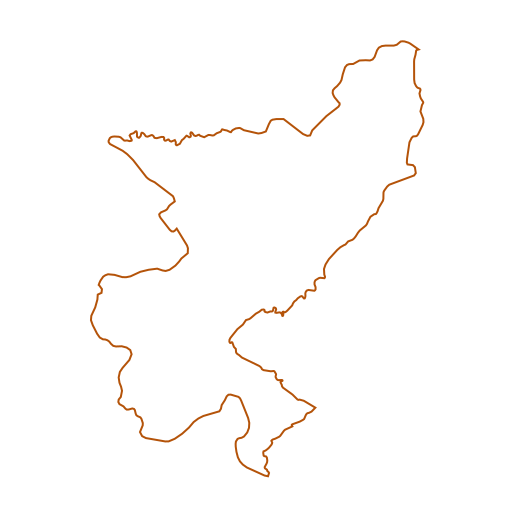 an SVG outline of Arbil, rotated 182°
{"feature_id": "IRQ-3050", "entity_name": "Arbil", "entity_type": "Province", "adm_level": 1, "iso_a3": "IRQ", "parent_name": "Iraq", "parent_adm1": "", "projection": "orthographic", "projection_center": [44.221, 36.37], "detail": "fine", "context": "isolated", "style": "outline", "palette": "amber", "viewbox_px": 512, "rotation_deg": 182, "n_neighbors": 0, "source": "natural_earth", "source_scale": "10m", "svg_char_len": 6042}
<svg xmlns="http://www.w3.org/2000/svg" viewBox="0 0 512 512"><g transform="rotate(182 256 256)"><path d="M236.3,36.3L239.8,36.9L257.7,44.3L261.9,47.1L264.9,50.2L267.1,54.2L268.7,59.6L269.6,64.7L269.8,67.6L269.6,69.9L268.0,72.6L266.2,73.4L264.1,73.8L261.7,75.2L258.6,79.3L257.0,84.0L256.9,89.0L258.2,93.8L265.7,110.8L267.0,113.2L268.6,114.6L276.4,116.6L278.7,116.4L280.4,114.7L282.1,110.8L285.1,105.8L285.7,102.1L287.2,99.5L303.0,94.3L307.9,91.6L312.5,87.9L317.0,82.2L323.6,75.8L330.8,70.5L336.8,67.7L340.2,67.5L359.7,70.2L363.5,72.0L365.8,76.0L363.3,82.8L363.3,85.1L364.8,89.2L365.9,90.7L368.7,91.8L370.0,92.7L370.7,94.2L371.7,97.8L372.6,98.9L374.3,99.3L378.0,98.1L379.8,98.0L381.1,98.8L383.2,101.1L387.3,103.2L388.5,105.3L388.2,107.8L386.2,110.4L385.2,116.6L386.3,120.7L388.0,124.5L389.0,129.8L388.0,135.4L385.4,139.6L378.9,147.7L376.9,153.5L378.4,157.6L382.1,160.0L387.0,161.1L392.8,160.7L395.5,161.2L397.9,163.2L399.6,165.3L401.5,166.6L403.7,167.3L406.1,167.4L409.3,169.1L412.1,172.8L416.7,181.1L418.7,186.1L418.5,190.5L414.9,199.0L413.0,206.9L412.8,211.9L409.1,213.8L408.8,217.5L411.5,221.0L412.2,221.6L411.5,223.8L410.5,226.1L408.0,230.0L405.9,231.5L403.2,232.6L396.7,232.2L388.7,230.2L384.9,230.3L380.7,231.3L371.0,236.2L362.8,238.5L354.3,239.9L348.9,238.3L345.8,237.9L341.9,239.2L336.2,243.6L332.6,247.8L330.5,250.9L324.3,256.4L324.3,261.4L325.3,264.1L336.2,280.6L338.0,278.5L339.3,277.6L341.2,277.7L343.1,279.2L352.6,290.6L353.7,292.4L354.2,294.3L352.5,296.3L348.1,298.4L346.6,299.5L344.6,303.0L343.2,304.4L339.1,307.7L340.0,310.7L341.0,312.8L359.9,326.2L364.3,328.1L366.5,329.5L368.3,331.0L382.2,347.6L388.2,353.2L392.9,356.5L405.8,362.8L407.0,364.3L407.3,364.9L407.3,366.1L406.2,368.7L405.0,369.7L403.7,370.2L401.7,370.5L397.3,370.4L395.5,369.9L391.8,366.8L390.9,366.7L388.9,367.0L386.4,366.4L384.9,366.7L384.3,367.0L384.2,367.6L386.5,372.0L385.5,373.4L382.6,374.5L380.8,376.3L380.2,376.5L379.7,376.2L379.3,374.9L379.1,371.4L378.8,370.8L377.5,370.1L376.9,370.1L375.6,371.6L375.3,372.4L374.9,374.7L374.4,375.2L373.5,375.1L371.9,373.9L370.4,371.9L369.6,371.6L368.4,371.5L364.7,373.2L363.7,373.1L362.6,372.2L361.6,370.6L360.6,370.4L359.2,370.3L354.7,371.7L352.6,371.7L351.9,370.8L351.9,369.0L351.0,368.1L350.2,368.1L348.1,369.3L347.4,369.4L346.1,367.9L344.7,367.4L341.2,369.0L340.1,367.0L340.1,364.8L339.5,364.0L338.9,363.9L336.0,365.5L334.1,369.2L332.5,370.5L329.7,373.8L328.9,373.6L326.9,372.3L326.2,372.5L325.5,373.0L325.3,373.8L325.9,376.1L325.5,377.2L324.8,377.3L324.1,376.9L322.1,374.3L320.7,373.8L319.6,374.1L318.0,375.0L317.1,375.2L316.0,374.2L311.9,372.9L307.8,375.3L306.2,375.3L303.8,374.9L302.4,375.1L299.6,377.3L296.0,378.8L295.4,379.3L294.4,381.3L293.9,381.4L292.4,380.9L289.4,380.4L286.0,378.9L285.3,378.9L284.4,380.4L283.3,381.3L280.6,382.8L277.2,383.4L276.1,383.2L272.5,381.3L258.0,378.5L254.8,379.1L250.5,380.8L247.7,388.3L246.0,391.7L244.3,392.8L240.2,393.6L233.2,393.8L213.2,379.5L209.0,377.9L206.1,378.4L204.2,383.5L190.5,398.3L178.8,408.1L177.7,410.1L177.8,411.6L179.0,412.7L183.1,417.4L184.3,419.5L185.1,421.6L184.9,424.3L183.3,426.4L180.9,428.6L178.0,432.2L176.7,434.9L175.6,440.7L173.6,447.7L171.7,450.1L169.6,451.0L165.6,451.3L159.4,455.0L153.1,455.5L148.9,455.4L146.3,456.5L144.4,459.1L142.2,465.8L140.5,468.5L137.5,470.2L133.8,470.8L125.6,471.1L122.7,472.0L118.9,475.4L117.0,475.7L115.0,475.6L111.0,474.5L109.2,473.6L100.7,468.1L102.6,467.5L103.1,466.8L103.6,462.7L104.7,458.1L104.8,456.0L104.1,437.8L103.5,434.3L102.0,431.5L100.9,430.2L99.9,429.6L98.1,429.1L97.6,428.5L97.4,427.6L98.3,424.2L97.6,421.3L96.7,419.1L94.4,415.9L94.2,415.0L95.4,412.6L96.7,406.2L93.6,398.9L93.3,395.6L94.0,392.8L98.2,383.4L99.2,381.9L100.3,381.3L103.1,381.0L104.5,379.6L106.6,375.0L108.4,358.8L108.5,354.5L107.8,352.8L102.3,352.3L100.3,350.3L99.2,344.4L100.8,342.0L125.3,331.9L127.3,330.0L130.0,326.0L130.6,324.8L130.8,323.7L130.7,317.5L131.1,315.6L135.2,308.1L136.1,304.9L137.1,302.8L137.7,302.1L139.3,301.9L143.0,299.2L145.2,294.7L146.2,292.0L147.2,290.4L153.2,285.1L154.9,282.8L157.1,279.0L158.6,277.0L160.1,275.6L164.4,273.8L167.0,270.6L168.5,269.9L172.0,267.7L175.0,264.9L183.0,255.5L186.2,250.0L187.6,245.4L187.1,239.8L186.3,237.7L186.4,236.8L186.9,236.2L191.1,236.5L192.4,236.1L195.7,233.9L196.3,232.8L196.6,231.5L196.5,229.6L195.4,227.0L195.3,224.8L195.8,223.8L196.5,223.3L202.4,223.9L204.1,223.2L205.0,221.9L205.4,220.5L205.2,217.7L205.5,216.0L205.9,215.3L206.5,215.2L207.7,216.4L208.2,217.2L209.1,217.5L210.3,217.1L212.9,215.1L214.2,213.4L216.1,211.9L217.4,209.9L218.1,207.9L222.9,202.4L224.4,201.1L225.5,200.6L226.5,201.3L227.4,201.1L227.6,200.6L227.0,199.5L226.7,198.7L226.8,197.5L227.2,197.0L227.6,197.1L228.4,199.2L229.7,200.3L230.7,200.5L233.4,199.9L234.7,200.1L234.8,200.7L234.0,203.3L234.2,204.1L234.7,204.8L236.0,205.2L236.6,204.9L237.2,201.9L237.7,201.3L238.4,201.1L239.7,201.1L242.6,199.9L244.6,200.3L245.3,200.7L245.6,201.1L245.5,201.8L245.8,202.5L246.5,202.8L248.4,202.5L250.8,200.4L254.1,198.4L259.2,193.7L260.6,192.7L263.8,191.6L266.7,187.0L272.0,182.3L278.7,173.3L279.6,171.3L279.6,169.3L278.8,168.2L278.4,168.2L277.1,169.0L276.6,168.7L274.9,164.4L272.9,162.4L272.6,159.3L272.2,158.4L271.2,157.4L269.6,156.5L266.5,154.0L248.9,146.2L247.6,145.3L246.7,144.3L246.1,143.1L244.5,142.2L237.2,141.3L234.2,141.7L233.5,141.3L231.9,138.8L231.8,138.1L232.2,136.5L232.1,135.5L231.0,133.6L230.2,133.0L229.4,132.7L225.7,133.0L225.2,132.6L225.3,132.1L227.0,131.3L227.1,130.6L225.7,128.0L225.5,126.8L224.5,125.4L214.7,118.8L209.5,114.0L208.5,113.7L207.4,114.0L203.2,113.0L191.4,106.5L195.1,102.4L197.6,101.1L199.1,100.7L200.0,99.9L200.7,98.7L202.2,94.8L203.3,93.9L206.5,92.0L213.5,89.2L214.3,88.7L214.4,88.2L213.7,87.0L220.9,83.4L222.0,82.3L225.5,77.1L226.5,76.2L230.4,74.1L232.8,73.2L233.8,72.4L234.2,71.8L233.3,70.2L233.4,69.2L234.0,67.9L236.2,65.0L237.7,63.5L239.7,61.9L241.7,61.0L241.9,59.5L241.4,56.8L240.8,56.3L238.9,56.0L238.1,54.9L237.6,52.2L237.7,50.4L238.2,48.9L239.9,45.5L239.9,44.7L239.6,44.1L237.6,42.8L237.1,41.4L236.1,40.7L235.4,39.6L236.3,36.3Z" fill="none" stroke="#b45309" stroke-width="2"/></g></svg>